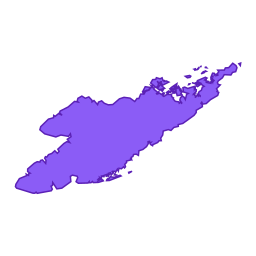 the district of Small Malaita, Malaita, Solomon Islands, rotated 91°
{"feature_id": "97153195B48441070638838", "entity_name": "Small Malaita", "entity_type": "district", "adm_level": 2, "iso_a3": "SLB", "parent_name": "Solomon Islands", "parent_adm1": "Malaita", "projection": "orthographic", "projection_center": [161.435, -9.524], "detail": "fine", "context": "isolated", "style": "filled", "palette": "violet", "viewbox_px": 256, "rotation_deg": 91, "n_neighbors": 0, "source": "geoboundaries", "source_scale": "gbopen_adm2", "svg_char_len": 5595}
<svg xmlns="http://www.w3.org/2000/svg" viewBox="0 0 256 256"><g transform="rotate(91 128 128)"><path d="M194.9,217.7L192.1,203.6L190.5,202.6L187.5,203.9L186.8,202.5L183.8,202.3L190.1,198.1L189.3,193.1L182.6,184.2L177.4,184.8L176.1,182.8L177.1,178.0L178.5,177.4L182.6,179.0L184.1,176.7L183.7,167.1L182.3,165.9L183.4,165.8L183.3,164.0L182.1,162.6L183.2,161.8L182.9,156.7L181.3,151.7L180.3,152.4L180.1,155.7L180.5,155.7L180.9,156.1L181.0,156.4L180.3,155.8L180.1,157.2L179.0,156.3L179.2,154.8L178.0,155.3L179.1,153.6L176.5,153.7L177.3,150.6L176.2,152.1L174.9,148.7L177.3,149.1L175.0,148.3L174.4,147.0L175.8,147.9L176.8,147.0L174.8,145.9L173.6,146.6L173.0,144.9L175.4,144.0L172.9,142.0L171.9,141.8L172.3,142.1L172.3,142.6L171.3,143.5L172.2,142.2L171.6,141.9L171.6,139.8L172.5,139.7L169.3,137.9L171.2,136.9L168.4,136.3L168.9,133.9L166.9,131.8L168.0,130.8L166.8,129.8L164.4,130.6L162.5,128.8L161.0,128.9L160.0,124.9L159.1,124.9L159.7,123.8L157.3,124.3L156.4,122.6L154.4,122.0L154.0,119.4L155.2,117.1L150.6,116.7L149.2,112.7L146.2,109.1L143.4,107.5L141.3,107.7L141.0,106.4L142.3,106.6L142.0,104.9L142.9,105.8L144.1,105.2L145.3,103.1L144.2,102.8L142.0,98.1L140.2,96.7L140.1,94.5L137.5,95.1L134.5,93.2L130.4,92.7L128.9,87.7L129.7,85.0L126.6,82.1L125.5,77.7L123.7,77.9L122.5,73.3L114.2,62.2L111.4,60.1L109.1,60.1L105.4,54.0L103.4,54.1L102.0,55.5L100.9,54.7L102.8,53.7L102.2,50.2L98.2,46.0L93.9,38.9L90.8,37.9L90.0,39.6L89.3,39.0L87.2,40.2L83.3,36.5L82.8,38.6L81.1,39.4L79.4,38.6L76.2,34.5L73.0,32.7L73.2,26.0L70.6,24.5L69.8,21.3L65.8,20.1L63.7,21.1L61.4,24.4L65.9,28.4L66.2,31.7L68.4,32.7L68.6,39.3L70.2,38.2L71.7,39.4L73.7,39.1L74.1,40.9L72.6,40.7L73.1,42.3L71.8,42.7L71.7,44.4L75.0,45.7L74.9,44.4L76.0,46.0L77.6,45.9L77.0,44.6L79.6,45.6L79.1,44.8L80.4,44.2L78.0,44.0L79.0,42.8L80.7,44.1L81.0,45.8L81.9,45.9L81.1,50.0L80.0,48.5L79.5,51.0L78.2,50.7L78.8,51.6L78.6,52.2L76.7,49.9L75.9,51.5L79.4,59.4L81.0,59.9L82.2,62.3L81.6,64.9L82.8,61.0L80.6,59.0L81.3,59.0L80.9,58.3L81.9,56.2L83.8,60.7L84.6,60.7L85.4,59.2L82.9,55.8L85.0,52.6L85.9,54.4L89.0,55.3L90.4,57.5L92.9,58.7L93.0,57.8L93.7,57.8L94.3,56.4L94.9,56.4L94.1,57.8L94.9,58.3L93.7,59.2L96.5,61.3L94.9,61.0L92.9,63.1L90.5,60.5L88.5,60.4L88.3,61.4L86.5,61.5L88.1,62.3L85.3,62.5L87.4,68.9L86.1,72.0L86.7,73.8L91.0,73.2L92.4,68.4L93.4,70.0L98.5,71.2L96.1,72.5L95.2,74.4L96.7,76.0L99.2,76.7L102.0,74.7L102.3,75.0L101.1,75.9L102.3,77.2L101.0,77.6L100.5,81.2L98.1,83.4L97.2,83.0L95.8,85.0L93.8,85.0L93.7,89.5L95.8,92.7L95.2,93.7L94.0,93.1L94.0,95.1L92.6,97.0L93.6,99.6L93.1,100.1L91.8,98.8L88.9,102.7L87.5,102.6L87.0,105.7L89.7,107.5L91.1,111.2L93.7,112.5L93.9,115.9L98.4,117.7L98.3,119.5L101.4,121.7L98.1,126.5L97.4,132.5L99.0,137.1L104.8,143.6L105.2,148.1L103.7,152.1L101.3,154.8L102.6,158.0L105.2,158.8L101.1,162.5L102.5,164.4L100.9,164.5L97.6,167.7L99.0,171.2L96.9,174.7L99.2,178.6L102.0,179.3L102.9,178.4L102.3,181.9L108.0,188.2L112.2,196.1L113.9,196.8L116.4,194.1L114.8,197.7L117.6,201.0L116.7,202.5L119.0,202.6L120.5,207.7L128.2,215.3L131.3,216.1L135.3,211.2L138.2,200.0L136.2,195.0L137.4,187.3L134.8,185.5L137.7,184.8L140.3,188.5L143.5,186.1L142.7,188.9L144.6,191.8L150.4,197.8L152.6,196.5L154.5,198.2L152.0,200.8L154.8,203.8L156.0,207.0L158.5,208.7L158.1,210.0L159.6,210.8L161.8,209.4L164.8,209.7L161.4,213.0L162.0,214.9L163.6,215.5L163.3,218.2L164.8,221.0L170.7,227.6L173.3,227.6L174.9,225.1L175.3,226.4L177.1,226.6L175.9,228.9L177.4,228.5L180.5,235.7L186.2,239.1L188.6,239.5L190.1,238.3L194.8,222.0L194.8,219.9L193.7,218.8L194.9,217.7ZM87.1,100.7L85.6,98.8L83.0,98.2L80.6,99.7L83.1,97.2L81.3,96.5L81.2,95.5L82.6,95.8L84.4,93.8L81.4,88.0L80.3,90.4L80.9,92.6L80.3,93.1L80.1,91.7L79.6,94.0L77.2,94.8L78.2,96.8L77.2,100.5L78.9,101.1L79.2,104.2L82.6,106.1L87.1,100.7ZM94.8,79.4L93.9,74.5L92.4,75.8L90.9,74.5L90.2,76.3L88.3,77.2L88.0,76.2L87.0,78.3L86.5,77.4L85.3,78.3L87.2,79.5L87.6,81.2L86.2,79.6L86.0,81.9L88.0,82.1L88.2,81.0L89.1,83.0L89.1,84.2L87.4,85.9L88.1,86.9L90.9,84.1L90.7,81.1L88.8,80.6L90.8,80.7L91.5,81.7L92.2,80.1L94.8,79.4ZM181.0,148.6L180.8,145.7L176.1,134.1L175.4,135.1L177.7,141.3L176.9,144.8L179.6,146.6L179.0,147.3L179.8,148.2L181.0,148.6ZM89.2,97.2L87.7,92.1L83.9,96.4L88.0,99.3L89.2,97.2ZM90.8,113.7L90.9,112.1L89.8,109.6L89.8,108.1L87.0,106.6L86.4,111.5L90.8,113.7ZM89.0,83.2L86.1,82.4L85.5,81.5L85.9,80.3L82.8,79.9L86.7,85.4L89.0,83.2ZM76.8,69.5L76.3,66.9L75.1,66.1L74.4,67.3L75.3,71.6L76.8,69.5ZM93.5,88.8L90.5,87.3L90.2,88.0L91.9,90.2L93.5,88.8ZM93.7,113.1L93.2,112.3L91.0,111.7L91.5,114.0L93.7,113.1ZM89.5,96.0L90.7,94.3L88.7,93.2L89.5,96.0ZM61.8,18.3L63.6,16.8L61.1,16.5L61.8,18.3ZM72.6,55.8L71.3,52.7L70.7,52.5L70.3,53.6L72.6,55.8ZM93.1,94.8L93.1,92.3L92.1,92.7L93.1,94.8ZM86.1,105.0L86.1,103.4L85.2,105.7L86.1,105.0ZM68.9,60.6L67.8,58.8L66.5,58.0L66.3,58.2L68.9,60.6ZM66.2,52.3L66.4,50.4L65.7,51.1L66.2,52.3ZM173.1,126.3L171.2,123.2L172.3,126.6L173.1,126.3ZM69.3,62.7L68.7,61.4L67.6,61.7L68.0,62.9L68.5,61.9L69.3,62.7ZM70.5,52.1L70.0,50.7L69.5,51.8L70.5,52.1ZM92.8,99.4L92.2,98.1L91.2,97.9L92.8,99.4ZM91.7,85.9L90.6,85.8L90.9,87.2L91.4,87.3L91.7,85.9ZM83.6,68.2L83.3,67.2L82.7,66.9L82.8,67.9L83.6,68.2ZM81.5,58.3L81.7,56.7L81.3,57.6L81.5,58.3ZM175.3,139.5L175.1,139.0L174.7,140.1L175.3,139.5ZM89.5,76.2L89.7,75.2L89.0,75.8L89.5,76.2ZM92.9,62.4L92.7,61.7L92.6,62.1L92.9,62.4ZM65.5,57.2L65.3,56.1L65.1,56.1L65.5,57.2ZM92.3,83.8L92.3,83.0L91.9,83.5L92.3,83.8ZM80.8,46.4L80.9,45.7L80.4,45.8L80.8,46.4ZM81.8,58.6L82.5,58.3L82.0,58.1L81.8,58.6ZM175.0,140.8L174.7,140.5L174.4,140.8L175.0,140.8ZM80.2,45.6L80.4,44.8L80.2,44.8L80.2,45.6ZM81.5,59.7L81.6,58.9L81.5,59.7Z" fill="#8b5cf6" stroke="#5b21b6" stroke-width="1.5"/></g></svg>